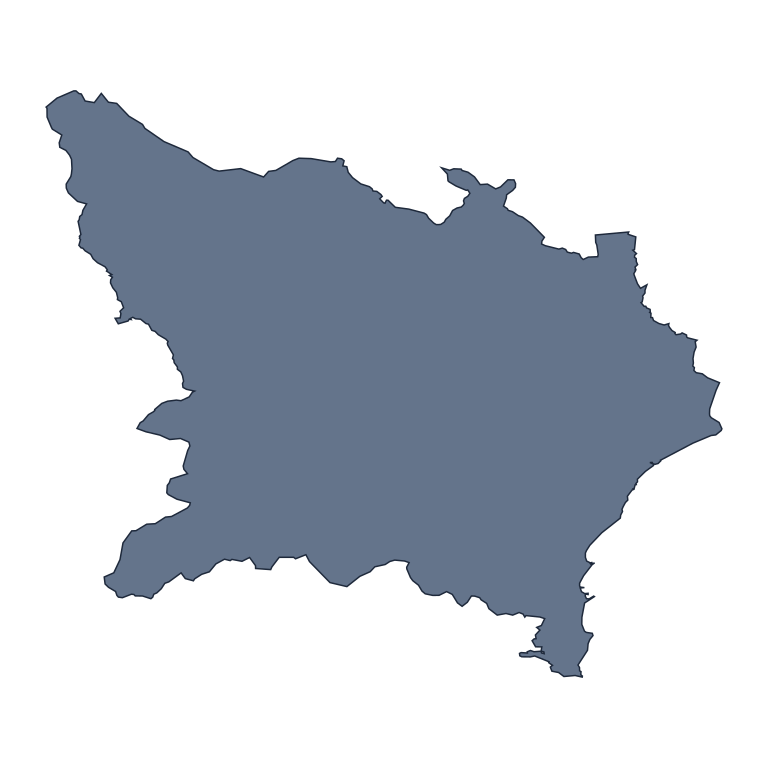 the district of Arklow Lea-6, Wicklow, Ireland
{"feature_id": "5873133B66309830606527", "entity_name": "Arklow Lea-6", "entity_type": "district", "adm_level": 2, "iso_a3": "IRL", "parent_name": "Ireland", "parent_adm1": "Wicklow", "projection": "natural_earth1", "projection_center": [-6.256, 52.881], "detail": "fine", "context": "isolated", "style": "filled", "palette": "slate", "viewbox_px": 768, "rotation_deg": 0, "n_neighbors": 0, "source": "geoboundaries", "source_scale": "gbopen_adm2", "svg_char_len": 6082}
<svg xmlns="http://www.w3.org/2000/svg" viewBox="0 0 768 768"><path d="M101.3,93.4L94.3,102.6L85.1,101.0L81.3,94.0L78.9,93.5L76.0,90.9L73.7,90.9L57.0,98.1L46.1,107.1L47.0,108.3L47.1,117.1L51.5,127.6L52.4,129.2L61.8,135.0L59.2,142.8L59.8,147.3L65.9,150.4L69.6,155.2L71.5,159.3L72.0,168.7L71.4,174.1L70.8,176.6L66.2,184.1L66.3,188.1L68.4,192.9L77.5,201.4L86.6,203.9L82.9,210.3L82.0,214.6L79.7,216.5L79.2,219.7L78.1,221.3L80.9,234.5L79.4,236.3L79.9,237.0L79.4,238.3L80.5,239.6L78.9,245.3L81.1,247.9L82.8,248.2L85.1,250.8L90.7,254.3L93.1,258.7L97.5,262.7L105.1,266.8L107.3,269.8L106.5,271.1L111.8,274.6L109.5,275.5L112.4,277.2L110.7,279.8L110.5,282.9L112.8,287.8L116.4,292.3L117.7,297.7L117.4,299.6L121.3,301.7L123.6,307.8L120.0,311.3L120.9,313.6L120.2,317.9L115.1,318.3L118.3,323.8L128.1,321.0L129.2,319.2L131.1,319.5L130.4,318.5L132.8,317.3L135.5,318.8L140.6,319.2L145.9,323.5L148.5,324.2L151.8,330.3L155.1,331.4L158.3,334.7L165.8,339.1L168.1,341.5L167.3,343.2L167.8,345.2L173.4,354.9L172.5,358.5L173.8,359.9L174.2,362.7L177.4,366.9L177.4,369.3L180.8,371.9L182.5,375.7L183.6,381.2L182.5,383.6L183.0,387.4L186.4,389.3L194.5,391.1L192.4,392.2L189.2,396.9L181.0,400.7L176.4,400.1L167.6,401.2L161.8,403.4L154.7,409.5L154.8,410.5L153.2,411.9L148.5,414.6L143.1,421.0L140.2,422.7L137.0,428.5L146.0,431.8L159.9,435.1L169.7,439.5L180.5,438.5L188.9,442.1L189.9,446.0L187.7,450.5L183.2,466.0L183.9,469.3L187.5,473.7L170.6,479.0L169.3,482.8L167.3,485.4L166.8,492.8L168.3,494.6L176.9,499.2L190.3,502.8L189.7,505.3L187.4,508.0L171.5,516.5L165.5,517.1L155.3,523.7L146.7,524.2L136.0,530.7L131.7,530.9L123.0,542.9L120.0,559.6L113.8,572.8L104.2,577.0L105.1,584.0L108.5,587.3L115.6,591.5L116.9,595.4L118.4,597.1L122.4,597.7L131.5,594.2L133.9,594.5L135.2,595.9L142.5,596.0L150.9,598.7L152.7,597.2L153.8,594.2L156.8,592.9L161.3,588.7L164.8,583.3L168.8,581.9L181.1,572.9L185.3,578.6L193.4,580.8L194.7,578.8L201.7,574.3L209.4,571.8L215.9,563.9L224.5,559.2L230.2,560.6L231.9,559.4L242.0,561.3L249.6,557.5L255.5,565.6L255.6,568.5L270.7,569.6L271.9,566.9L279.2,557.3L293.7,557.3L295.5,558.8L305.9,554.7L309.5,561.6L330.0,582.6L346.9,586.6L359.9,576.3L370.2,571.7L374.8,566.8L385.2,564.5L389.8,561.5L394.7,560.1L404.5,561.0L409.1,562.6L406.7,567.2L406.8,568.9L410.5,577.6L412.8,580.7L418.5,585.2L422.0,591.1L425.2,593.8L432.8,595.4L439.1,595.3L446.6,591.6L452.3,594.4L457.5,602.9L462.1,606.3L467.3,602.3L471.4,596.0L474.7,596.1L479.7,597.7L481.1,599.8L486.7,603.4L488.9,608.7L497.2,615.1L506.0,613.5L512.7,615.1L519.1,612.5L523.1,614.1L524.8,617.1L526.0,615.6L539.8,617.0L544.7,618.6L541.4,625.5L536.7,627.4L539.9,630.1L535.4,635.0L536.1,638.7L534.1,638.9L532.1,640.7L535.6,646.8L541.8,646.9L541.1,651.1L543.9,651.9L544.2,653.7L541.5,653.0L541.0,651.2L534.0,651.7L530.4,650.5L527.2,651.8L527.4,653.0L521.1,652.6L519.5,653.4L519.8,655.8L521.8,656.8L530.3,656.9L534.7,656.0L549.1,661.8L548.7,662.7L552.5,665.3L550.3,667.1L551.9,671.2L558.6,672.5L563.9,676.5L575.1,675.5L582.2,677.1L582.4,676.1L580.8,674.7L581.0,671.6L579.6,670.8L579.5,667.5L578.0,665.0L587.5,650.3L588.1,643.7L589.9,639.4L593.0,635.6L592.3,633.3L586.3,632.4L584.5,631.2L581.8,624.4L581.9,617.3L584.6,603.0L594.4,596.6L593.7,596.1L589.1,598.9L586.5,598.7L585.2,596.0L585.4,594.2L588.1,594.5L588.1,593.3L584.7,593.6L581.5,591.7L580.2,588.0L584.4,587.6L580.3,587.1L579.6,586.0L579.6,583.2L583.6,575.7L592.1,564.7L594.6,562.9L590.8,564.2L590.2,563.4L592.5,562.3L590.4,562.9L586.7,561.1L585.4,557.4L585.4,553.0L586.5,550.5L589.8,545.3L601.7,532.8L620.3,518.1L620.7,515.0L622.5,511.5L622.0,509.3L623.1,506.8L625.4,502.5L627.8,500.1L627.4,496.2L632.0,490.1L633.7,489.4L633.1,488.8L634.2,488.4L635.1,484.9L636.3,484.6L635.9,483.5L637.5,481.8L637.4,479.2L645.4,471.4L653.5,465.5L653.7,464.3L649.9,462.5L652.2,462.4L652.9,463.8L655.0,464.3L658.1,463.5L660.8,460.8L660.5,460.2L692.8,443.2L711.1,435.5L715.8,434.9L721.2,430.5L721.9,428.8L719.1,422.5L711.2,417.7L709.7,415.7L709.5,413.7L709.7,408.9L716.1,390.2L719.5,382.7L707.6,377.8L702.3,373.8L696.2,372.7L693.9,370.5L694.4,367.6L692.8,366.0L693.4,363.0L693.0,358.6L694.1,352.1L696.1,347.1L695.2,341.7L697.0,340.2L687.6,337.8L686.7,337.0L686.5,335.0L682.1,332.9L680.6,334.0L676.0,334.7L674.9,333.5L675.2,332.5L672.0,330.6L669.3,327.1L668.5,325.3L668.9,323.6L664.1,325.0L658.9,323.5L653.5,320.5L652.5,317.6L650.8,317.5L651.0,313.2L649.7,312.4L650.3,311.8L650.1,309.4L646.6,307.9L645.8,306.3L644.1,306.3L641.0,302.6L642.2,301.9L643.0,297.7L642.6,296.1L645.0,293.0L645.0,290.3L646.9,284.8L640.5,288.3L637.5,283.8L634.2,275.1L633.8,273.7L635.5,270.8L635.1,270.0L635.9,269.7L635.0,267.1L637.6,264.6L636.3,261.6L636.2,258.5L634.5,257.3L634.7,255.2L636.5,253.6L632.8,250.2L634.5,249.6L635.8,236.9L628.6,234.5L627.9,234.0L628.7,232.0L595.4,235.0L595.7,242.4L596.8,245.0L598.2,254.4L597.7,256.7L588.3,257.1L583.2,259.5L581.1,257.6L579.2,254.0L573.5,252.4L571.5,253.2L567.3,252.1L565.7,249.5L562.3,248.1L558.9,249.1L545.3,245.7L541.6,244.0L541.9,241.1L544.4,237.3L530.4,223.0L522.5,217.1L518.3,215.6L512.5,211.7L508.2,210.3L507.4,208.7L503.5,206.1L506.3,198.1L506.6,194.8L512.7,190.4L515.4,187.3L515.6,183.6L514.0,179.9L507.9,179.8L500.6,186.9L495.7,188.9L487.5,184.1L480.2,184.6L474.5,176.9L468.0,172.2L462.1,170.5L461.2,169.1L453.7,168.8L449.7,170.3L441.6,167.8L447.4,174.1L448.0,180.8L449.0,181.8L456.0,186.0L466.2,190.3L467.8,190.0L469.9,193.3L467.8,196.3L464.4,198.4L463.5,200.9L464.3,203.4L463.2,205.2L461.3,207.0L457.0,208.0L452.6,210.5L449.7,215.9L445.8,219.3L444.3,222.1L440.8,224.4L438.7,224.6L436.2,224.6L433.6,223.0L428.6,218.2L426.5,214.6L424.1,213.1L408.8,209.1L395.3,207.3L388.0,200.2L386.5,200.2L385.0,203.2L383.6,202.8L379.7,198.8L382.2,196.4L380.9,194.5L376.8,191.4L373.0,191.0L372.1,188.8L369.5,186.7L360.8,183.9L352.5,177.6L348.2,172.3L346.8,166.7L342.8,165.9L344.1,160.8L341.7,158.8L337.5,158.2L335.4,161.5L330.8,161.9L311.2,158.6L298.9,158.2L292.8,160.6L275.9,170.4L268.6,171.4L263.6,177.0L240.7,168.6L219.1,171.1L213.6,169.7L192.9,157.5L188.1,151.9L164.0,141.6L144.9,128.4L142.5,124.4L128.9,116.2L116.7,103.4L108.4,102.2L101.3,93.4Z" fill="#64748b" stroke="#1e293b" stroke-width="1.5"/></svg>